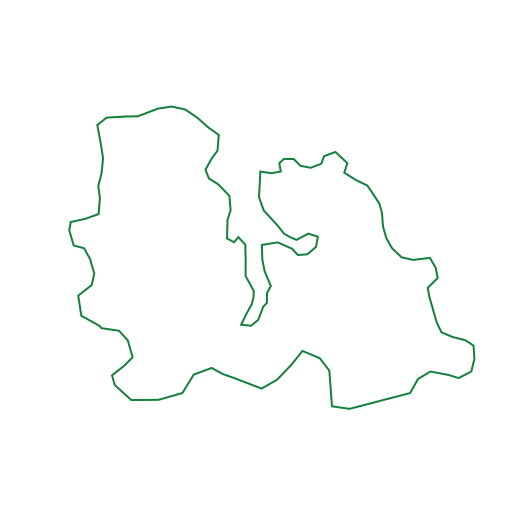 Sacheon-si, South Gyeongsang, South Korea, rotated 164°
{"feature_id": "91817680B75900877128055", "entity_name": "Sacheon-si", "entity_type": "district", "adm_level": 2, "iso_a3": "KOR", "parent_name": "South Korea", "parent_adm1": "South Gyeongsang", "projection": "mercator", "projection_center": [128.03, 35.037], "detail": "fine", "context": "isolated", "style": "outline", "palette": "green", "viewbox_px": 512, "rotation_deg": 164, "n_neighbors": 0, "source": "geoboundaries", "source_scale": "gbopen_adm2", "svg_char_len": 1741}
<svg xmlns="http://www.w3.org/2000/svg" viewBox="0 0 512 512"><g transform="rotate(164 256 256)"><path d="M145.6,81.8L134.2,93.1L120.2,96.9L103.4,88.4L94.9,82.8L80.9,85.6L74.4,96.9L71.6,109.9L78.1,117.4L89.3,123.9L98.7,131.4L100.6,142.6L100.6,169.7L99.6,178.1L87.5,184.7L86.5,194.9L89.3,206.2L106.2,209.0L116.4,214.6L123.0,225.8L125.8,237.0L125.8,249.1L123.0,263.1L123.0,272.5L125.9,281.8L129.5,293.0L138.9,301.4L148.2,311.7L142.6,320.1L151.0,334.1L163.1,333.2L167.8,326.7L179.0,325.7L188.4,330.4L193.0,338.8L202.4,341.6L208.0,338.8L208.9,330.4L218.3,331.3L228.5,336.0L236.9,311.7L236.0,297.7L226.7,279.0L222.9,269.7L218.3,265.0L212.6,260.3L199.6,263.1L191.2,257.5L195.8,248.2L206.1,243.5L215.5,245.4L219.2,252.9L231.3,263.1L247.2,265.0L250.9,251.0L251.9,238.8L250.0,223.0L255.6,217.4L258.4,208.0L263.1,205.2L268.7,197.7L271.5,194.0L279.9,190.3L289.2,194.0L281.8,202.4L273.4,210.8L269.6,217.4L267.8,223.0L271.5,239.8L266.8,255.7L265.0,263.1L263.1,269.7L267.8,279.0L273.4,275.3L279.0,280.9L273.4,298.6L267.8,307.0L265.0,321.1L272.4,335.1L279.9,343.5L280.8,352.8L271.5,362.2L264.0,367.8L258.4,382.7L265.9,392.0L274.3,405.1L283.6,416.3L295.8,422.9L309.8,424.7L331.3,422.9L341.6,425.7L361.5,430.2L372.4,425.7L374.3,406.1L376.1,392.0L381.7,378.0L388.3,366.8L390.1,354.7L395.7,339.7L409.8,338.8L424.7,339.7L428.4,332.3L428.4,316.4L419.1,310.8L416.3,298.6L416.3,283.7L421.9,273.4L437.8,266.9L440.4,246.7L425.8,232.1L424.4,229.2L408.3,221.9L402.5,210.2L402.5,192.7L412.7,186.9L427.3,181.0L427.3,170.8L415.6,151.9L389.3,144.6L364.5,144.6L348.5,159.2L329.5,160.6L320.7,151.9L310.5,144.6L287.1,127.0L269.6,131.4L252.1,141.6L237.5,151.9L222.9,140.2L217.1,125.6L224.4,90.6L208.3,83.3L145.6,81.8Z" fill="none" stroke="#15803d" stroke-width="2"/></g></svg>